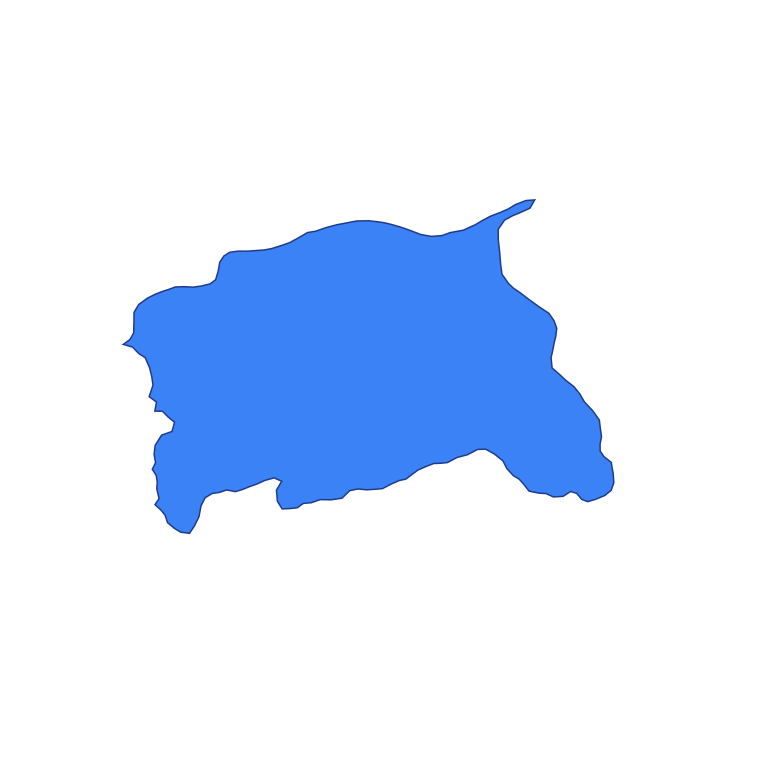 Periquito, Minas Gerais, Brazil (Albers equal-area conic projection), rotated 214°
{"feature_id": "56859067B61027947729377", "entity_name": "Periquito", "entity_type": "district", "adm_level": 2, "iso_a3": "BRA", "parent_name": "Brazil", "parent_adm1": "Minas Gerais", "projection": "albers", "projection_center": [-42.236, -19.085], "detail": "fine", "context": "isolated", "style": "filled", "palette": "blue", "viewbox_px": 768, "rotation_deg": 214, "n_neighbors": 0, "source": "geoboundaries", "source_scale": "gbopen_adm2", "svg_char_len": 2331}
<svg xmlns="http://www.w3.org/2000/svg" viewBox="0 0 768 768"><g transform="rotate(214 384 384)"><path d="M151.8,446.1L161.1,446.8L167.3,449.3L171.2,454.9L174.3,462.1L179.4,467.7L185.3,474.5L195.9,478.5L207.8,481.2L216.0,485.2L225.0,488.0L235.6,488.7L244.2,490.1L253.6,491.3L260.2,499.2L262.6,505.5L265.7,512.7L268.4,519.9L271.9,526.7L278.4,531.5L286.7,534.8L298.4,534.7L310.9,535.1L322.2,535.8L330.1,535.8L336.8,536.9L347.5,540.9L354.1,548.3L361.6,557.7L369.9,567.5L375.8,576.1L375.7,587.3L371.3,595.7L367.1,602.0L361.3,611.4L362.0,620.9L368.9,615.5L375.4,606.2L378.8,598.7L384.0,590.6L389.8,582.2L393.7,574.9L397.5,566.9L404.3,555.8L413.8,546.5L418.9,539.5L427.2,532.9L437.1,528.5L447.9,526.0L457.9,523.4L467.1,520.4L474.5,517.6L480.7,514.6L488.2,510.6L497.9,503.8L505.6,496.1L512.4,489.4L519.7,481.0L526.2,472.3L532.1,466.8L536.7,457.2L541.5,448.1L546.6,441.3L552.8,433.5L558.3,428.1L563.8,423.8L570.8,418.3L579.4,412.4L585.6,406.9L588.3,400.6L588.3,393.1L584.6,385.0L581.9,376.3L584.2,369.7L590.1,363.2L596.3,357.6L604.0,353.0L611.2,347.8L615.4,342.0L619.4,336.9L623.6,330.9L628.0,323.2L631.8,312.7L631.3,303.6L626.0,295.6L620.1,286.4L619.5,278.8L622.3,271.0L613.0,274.0L604.4,272.1L596.7,272.3L587.3,266.3L580.5,260.1L574.9,253.9L571.6,242.2L562.6,241.8L558.8,233.4L552.5,237.5L544.3,235.9L536.3,235.2L533.2,226.1L539.8,217.3L539.4,205.2L535.3,197.2L529.4,191.0L528.4,183.7L521.8,180.9L517.2,176.0L513.9,170.2L506.4,163.2L506.4,155.9L498.7,154.8L492.2,152.9L485.9,148.0L476.6,147.1L469.6,147.5L461.7,151.5L461.8,160.3L463.2,170.6L467.6,180.7L468.7,189.7L465.2,197.2L459.9,202.0L455.2,208.2L447.1,211.6L442.4,217.3L438.7,222.8L433.1,230.5L428.8,237.5L422.6,244.7L414.4,246.2L413.8,235.9L406.9,227.2L398.6,223.5L392.0,228.4L386.7,232.9L384.0,240.0L377.8,245.0L372.3,252.4L363.0,258.5L355.0,265.8L352.7,276.5L347.0,282.3L339.1,286.7L331.8,292.3L326.7,296.5L322.3,304.7L317.3,312.6L312.6,317.5L310.4,324.0L307.8,331.6L303.3,338.7L298.3,345.9L292.8,349.9L287.5,354.3L282.5,363.7L275.2,372.1L269.8,382.1L263.3,386.8L253.2,387.7L242.5,386.8L234.6,382.5L225.3,380.3L218.7,380.7L212.4,379.1L203.8,376.3L194.9,380.0L188.3,383.8L180.4,385.1L172.7,391.0L169.2,399.2L163.1,401.1L155.5,398.9L149.3,400.4L144.2,406.6L138.6,415.0L136.2,423.0L138.3,430.7L144.1,438.1L151.8,446.1Z" fill="#3b82f6" stroke="#1e3a8a" stroke-width="1.5"/></g></svg>